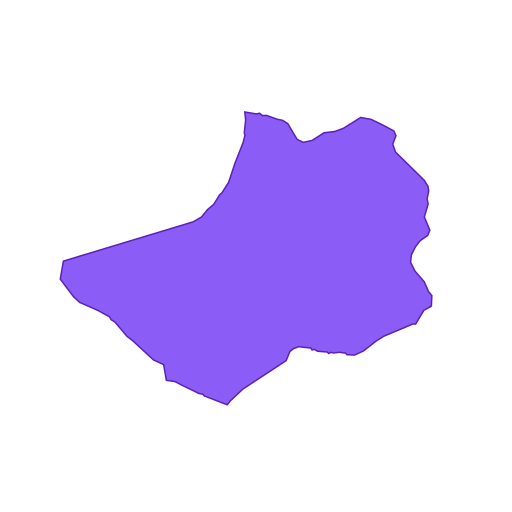 the district of Comalapa, Chimaltenango, Guatemala, rotated 243°
{"feature_id": "79465075B20533835568795", "entity_name": "Comalapa", "entity_type": "district", "adm_level": 2, "iso_a3": "GTM", "parent_name": "Guatemala", "parent_adm1": "Chimaltenango", "projection": "robinson", "projection_center": [-90.9, 14.753], "detail": "fine", "context": "isolated", "style": "filled", "palette": "violet", "viewbox_px": 512, "rotation_deg": 243, "n_neighbors": 0, "source": "geoboundaries", "source_scale": "gbopen_adm2", "svg_char_len": 1303}
<svg xmlns="http://www.w3.org/2000/svg" viewBox="0 0 512 512"><g transform="rotate(243 256 256)"><path d="M338.9,82.1L324.3,71.1L302.6,74.9L294.6,77.9L279.2,90.5L268.2,97.9L265.1,98.0L261.2,100.3L242.9,104.6L236.9,107.5L209.9,117.5L201.2,124.4L185.9,119.7L180.9,126.8L175.1,130.9L159.3,142.8L156.9,146.0L154.8,146.4L136.5,162.8L138.6,167.5L143.4,183.9L149.1,235.4L155.5,242.8L156.4,247.6L155.8,252.9L149.1,263.0L146.8,263.3L146.3,265.6L143.2,267.6L138.2,275.7L136.1,276.6L136.1,279.1L134.5,280.8L132.3,286.7L128.7,291.8L126.8,292.2L123.0,298.8L122.6,308.7L125.7,324.4L126.5,333.4L124.2,364.8L122.9,367.4L131.4,380.9L131.7,389.5L140.8,394.7L146.1,393.6L156.8,394.2L170.3,390.8L180.2,390.9L186.4,394.9L191.8,402.2L195.1,409.2L196.4,418.3L200.0,422.6L214.3,423.7L224.2,433.0L229.3,434.4L235.5,439.4L240.2,440.9L247.0,440.3L285.3,427.5L293.6,428.6L299.6,435.3L304.9,435.6L316.4,427.5L325.5,420.6L331.9,412.2L330.1,392.0L331.2,382.7L334.9,372.6L333.5,358.4L335.8,349.7L341.2,345.6L359.5,344.4L364.8,341.3L368.4,336.8L376.6,329.1L378.2,325.5L381.6,324.0L382.4,320.9L389.4,311.4L381.9,308.5L370.8,301.3L368.9,301.2L363.0,296.1L348.5,279.7L343.2,274.3L334.1,265.1L327.7,254.2L327.1,251.5L321.2,241.8L319.4,233.9L315.5,225.2L315.0,215.5L338.9,82.1Z" fill="#8b5cf6" stroke="#5b21b6" stroke-width="1.5"/></g></svg>